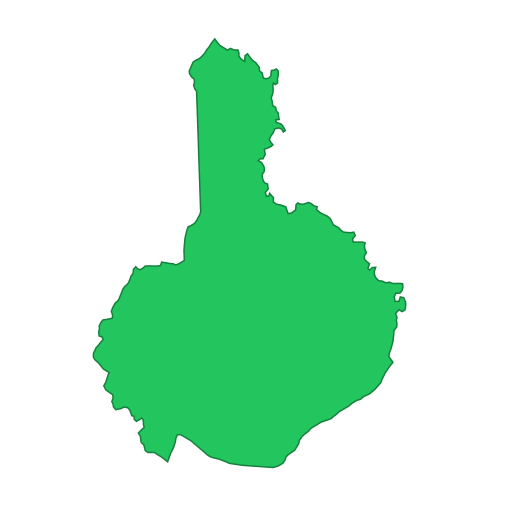 outline of Xambioá, Tocantins, Brazil, rotated 185°
{"feature_id": "56859067B21009603096166", "entity_name": "Xambioá", "entity_type": "district", "adm_level": 2, "iso_a3": "BRA", "parent_name": "Brazil", "parent_adm1": "Tocantins", "projection": "mercator", "projection_center": [-48.449, -6.599], "detail": "fine", "context": "isolated", "style": "filled", "palette": "green", "viewbox_px": 512, "rotation_deg": 185, "n_neighbors": 0, "source": "geoboundaries", "source_scale": "gbopen_adm2", "svg_char_len": 4165}
<svg xmlns="http://www.w3.org/2000/svg" viewBox="0 0 512 512"><g transform="rotate(185 256 256)"><path d="M110.3,162.0L114.9,167.4L114.5,172.0L113.5,175.1L112.0,183.4L112.0,193.8L109.6,197.7L109.7,200.7L110.6,204.3L110.2,207.2L112.0,210.9L108.8,215.0L105.6,213.3L103.0,215.0L102.6,217.4L102.6,220.0L103.0,223.2L105.2,227.3L108.7,227.8L109.6,223.3L113.5,222.9L114.7,227.3L113.5,231.0L109.3,231.6L107.4,234.5L106.9,237.8L107.6,241.2L110.9,241.2L117.3,240.5L120.8,241.5L124.4,240.6L128.0,242.0L131.5,242.0L134.3,244.3L136.2,247.1L136.8,250.8L135.8,255.2L139.2,254.6L141.6,251.9L143.5,253.4L142.2,258.1L145.3,260.2L147.7,262.2L148.0,265.7L146.3,268.9L148.0,272.2L148.9,275.6L148.4,278.5L150.8,279.2L155.2,278.8L160.4,278.3L161.3,281.4L158.9,285.0L160.6,288.3L163.9,287.4L167.3,287.4L171.0,287.4L173.3,288.8L176.3,291.5L181.6,293.7L185.4,299.9L188.7,302.1L192.2,303.2L195.8,304.8L199.7,307.4L199.4,310.5L202.4,310.8L205.4,313.0L208.5,313.9L213.2,311.7L216.3,311.6L219.1,312.5L220.6,310.5L220.5,305.6L224.2,302.0L227.7,301.0L230.7,307.7L235.7,308.9L240.2,309.5L243.4,311.3L243.7,315.6L247.9,319.7L248.5,316.7L251.0,316.5L252.2,320.2L249.7,323.8L250.8,328.8L253.8,329.5L255.6,332.4L256.7,335.1L256.7,338.3L255.3,340.6L255.1,343.1L256.0,346.1L258.8,349.7L262.1,351.1L260.1,353.3L257.6,353.3L255.6,358.2L256.4,360.7L257.0,363.1L253.4,364.7L250.5,366.4L248.8,368.2L251.0,370.3L252.9,373.1L251.6,376.8L249.5,380.4L248.4,384.3L244.5,385.5L241.6,384.8L239.6,381.9L237.7,383.5L240.5,387.7L242.6,389.8L247.5,390.9L248.2,393.4L244.7,394.0L245.5,396.3L246.2,400.2L248.5,402.5L249.4,405.9L252.5,407.3L253.1,410.6L254.6,414.8L253.4,419.6L253.4,423.3L254.1,427.3L253.7,429.8L251.6,428.4L249.5,430.4L250.1,434.3L249.6,438.2L250.0,442.2L252.0,444.1L254.2,442.7L256.8,442.2L256.9,439.6L256.9,436.4L259.0,434.3L261.7,433.4L264.3,434.0L265.8,438.9L268.7,440.7L269.1,444.1L273.1,448.6L275.4,449.9L277.4,451.3L282.1,456.7L284.4,454.6L284.2,448.8L287.9,450.8L290.6,453.8L290.6,456.4L291.9,459.6L295.7,459.3L299.4,460.6L302.5,458.6L304.8,459.9L310.3,462.6L313.5,465.8L316.0,468.7L318.6,464.7L319.8,462.6L321.1,459.9L322.9,457.4L324.8,453.6L327.4,450.1L329.6,447.8L333.4,445.5L335.5,443.7L336.3,441.4L337.8,437.0L338.7,434.4L338.1,431.9L335.7,428.6L332.9,426.7L332.5,423.9L333.0,420.4L331.4,416.9L329.6,415.2L323.8,368.0L322.3,355.4L321.9,351.6L321.5,348.8L315.0,295.3L315.5,292.6L318.1,286.5L320.0,283.2L323.7,280.5L326.2,279.1L327.2,275.1L327.9,270.4L328.3,267.0L328.3,263.9L328.3,258.2L328.2,254.7L327.7,251.2L327.1,245.3L329.5,243.5L331.8,241.8L335.3,240.0L337.9,241.1L341.0,241.0L346.0,241.5L349.5,241.7L350.2,238.3L352.6,237.5L356.4,237.1L361.0,236.9L365.5,236.3L367.6,234.1L370.1,232.3L372.7,232.7L374.8,234.8L376.9,232.2L377.0,227.8L378.7,225.2L379.6,221.6L380.7,218.2L382.4,215.8L384.2,214.1L385.7,211.4L386.9,207.2L388.3,202.7L389.2,200.0L392.2,196.8L394.2,192.2L395.3,188.3L393.6,184.3L393.7,181.5L397.9,180.2L403.0,178.9L404.8,176.0L406.1,172.7L405.6,169.9L406.1,166.9L405.3,162.6L402.2,161.9L401.0,159.5L403.5,156.1L405.3,153.3L407.3,150.7L408.3,147.9L409.4,145.1L409.2,141.3L407.7,138.8L403.9,136.0L400.2,132.3L398.2,130.1L395.1,128.5L392.3,127.2L393.5,122.3L394.7,116.9L396.3,113.4L393.9,109.5L386.6,105.3L386.0,102.0L386.9,98.3L385.5,96.2L384.9,93.4L382.4,90.7L377.2,92.2L374.5,94.0L370.7,93.8L368.5,91.7L367.3,89.5L365.9,86.1L363.5,85.7L363.1,82.7L360.7,80.8L357.7,82.9L355.6,84.6L353.9,82.5L353.4,78.1L352.4,75.5L355.5,72.2L357.8,69.4L355.6,66.6L354.2,60.4L351.2,57.9L349.4,52.6L346.5,50.8L340.2,51.4L336.3,49.3L332.7,47.6L326.1,43.3L324.0,51.5L321.4,58.3L320.2,63.6L319.9,67.6L318.7,71.0L315.6,71.5L304.7,66.3L286.3,53.1L283.9,52.0L281.3,51.3L278.1,50.9L274.4,50.2L268.0,48.4L264.4,47.1L251.2,46.3L220.5,46.8L215.6,48.7L211.3,51.8L209.4,55.0L208.7,58.2L206.6,60.9L200.6,65.8L197.2,72.5L196.6,76.3L194.5,80.0L192.5,82.3L190.6,84.0L188.4,86.0L186.6,88.8L180.4,93.4L176.8,96.1L173.3,97.7L170.9,98.7L166.9,100.6L164.9,102.8L161.8,105.6L160.0,107.8L157.9,109.3L150.4,114.7L147.7,117.5L143.0,121.0L139.5,122.3L136.6,125.3L131.0,128.5L126.1,133.3L120.7,140.6L119.5,144.7L116.9,151.2L115.2,154.2L112.9,158.3L110.3,162.0Z" fill="#22c55e" stroke="#15803d" stroke-width="1.5"/></g></svg>